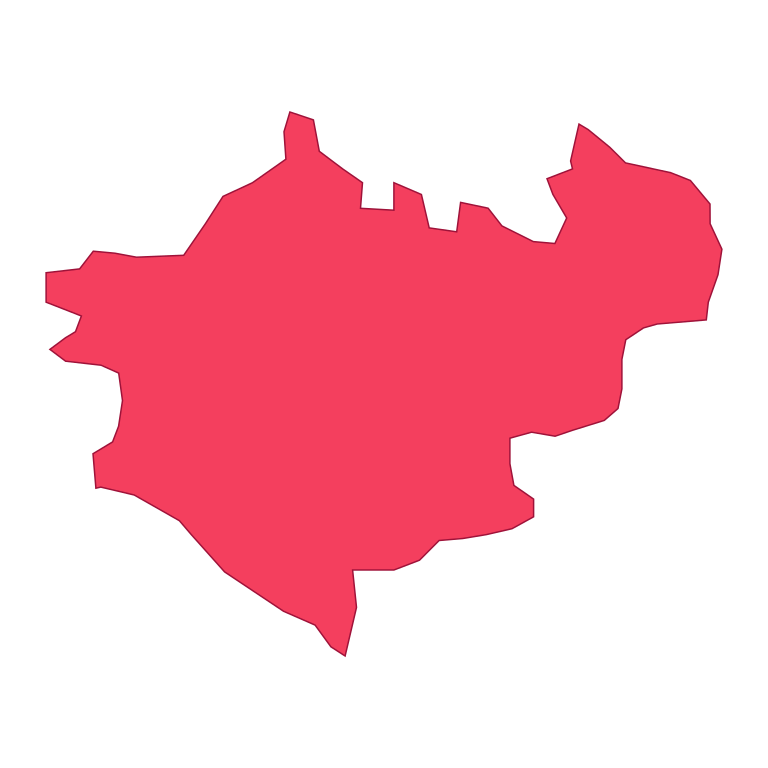 Anseong-si, Gyeonggi, South Korea (Albers equal-area conic projection)
{"feature_id": "91817680B64740203795166", "entity_name": "Anseong-si", "entity_type": "district", "adm_level": 2, "iso_a3": "KOR", "parent_name": "South Korea", "parent_adm1": "Gyeonggi", "projection": "albers", "projection_center": [127.32, 37.016], "detail": "fine", "context": "isolated", "style": "filled", "palette": "rose", "viewbox_px": 768, "rotation_deg": 0, "n_neighbors": 0, "source": "geoboundaries", "source_scale": "gbopen_adm2", "svg_char_len": 1213}
<svg xmlns="http://www.w3.org/2000/svg" viewBox="0 0 768 768"><path d="M579.0,124.1L570.6,161.0L572.5,168.9L547.0,178.7L552.9,194.4L566.7,218.0L554.9,243.5L533.3,241.6L501.9,225.9L488.1,208.2L460.6,202.4L456.7,231.8L429.2,227.9L421.4,194.5L393.9,182.7L393.9,210.2L360.5,208.3L362.5,182.7L342.8,169.0L319.3,151.3L313.4,119.9L289.9,112.0L284.0,131.7L285.9,159.2L252.5,182.7L223.0,196.4L205.3,223.9L183.7,255.3L136.5,257.2L114.9,253.2L93.3,251.2L79.6,268.9L46.1,272.7L46.1,302.2L81.4,316.0L75.5,331.7L65.7,337.6L49.9,349.4L65.6,361.2L101.0,365.2L118.7,373.1L122.5,400.6L118.6,426.2L112.6,441.9L93.0,453.7L95.9,488.2L100.8,487.1L134.2,495.0L179.4,520.7L191.2,534.5L224.6,571.9L254.1,591.6L283.6,611.3L315.1,625.1L330.9,646.8L345.1,656.0L356.5,607.4L352.6,570.0L393.9,570.0L419.5,560.2L439.1,540.5L462.8,538.5L486.4,534.6L512.0,528.7L533.6,516.8L533.6,499.1L513.9,485.4L509.9,463.7L509.9,438.2L531.5,432.2L555.1,436.2L572.8,430.2L604.3,420.4L618.0,408.5L621.9,388.9L621.9,359.4L625.8,339.7L643.5,327.9L657.2,324.0L706.3,319.9L708.3,302.2L718.0,274.7L721.9,249.2L710.1,223.7L710.0,204.0L690.4,180.5L670.7,172.7L625.5,162.9L609.8,147.3L588.2,129.6L579.0,124.1Z" fill="#f43f5e" stroke="#9f1239" stroke-width="1.5"/></svg>